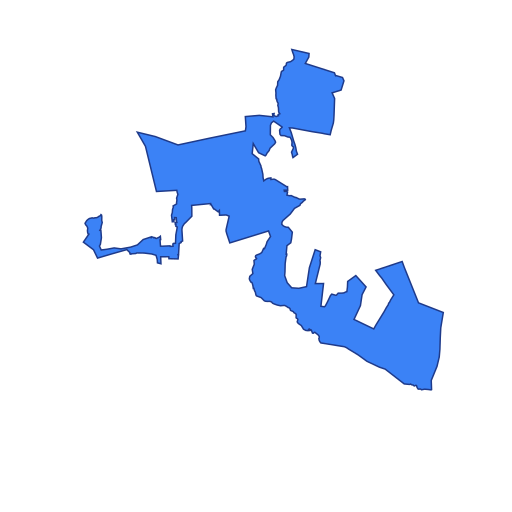 the district of Ocotlán de Morelos, Oaxaca, Mexico, rotated 251°
{"feature_id": "50627088B26863114972707", "entity_name": "Ocotlán de Morelos", "entity_type": "district", "adm_level": 2, "iso_a3": "MEX", "parent_name": "Mexico", "parent_adm1": "Oaxaca", "projection": "mercator", "projection_center": [-96.695, 16.785], "detail": "fine", "context": "isolated", "style": "filled", "palette": "blue", "viewbox_px": 512, "rotation_deg": 251, "n_neighbors": 0, "source": "geoboundaries", "source_scale": "gbopen_adm2", "svg_char_len": 6147}
<svg xmlns="http://www.w3.org/2000/svg" viewBox="0 0 512 512"><g transform="rotate(251 256 256)"><path d="M190.9,350.0L205.0,344.0L202.1,334.4L196.8,332.3L192.7,330.3L192.8,329.0L192.5,327.1L193.0,324.9L194.1,321.6L192.8,319.3L192.9,318.6L195.3,315.2L194.4,313.6L189.1,308.4L186.2,305.3L185.7,304.2L187.3,301.0L208.0,310.9L210.6,303.1L227.4,314.0L229.4,314.8L230.9,315.0L233.4,316.6L235.4,316.6L238.9,318.5L242.7,314.0L227.6,302.7L210.6,293.8L211.5,286.0L214.3,279.4L220.6,276.8L228.1,276.7L231.5,278.2L239.3,281.1L245.3,284.1L246.2,285.0L247.7,285.7L247.9,285.1L255.7,288.6L257.2,293.2L260.5,295.1L266.7,298.1L272.6,295.9L273.4,294.0L274.6,292.5L275.6,291.6L277.5,290.7L279.4,291.5L280.8,293.0L284.5,302.0L288.5,307.9L289.6,314.0L290.9,315.1L291.6,317.2L292.4,318.6L293.2,321.0L293.7,321.0L294.3,320.3L295.4,316.1L295.9,315.3L298.5,312.7L298.5,312.2L301.7,308.9L302.0,307.5L303.4,305.1L305.2,306.0L306.2,306.7L306.9,306.2L307.2,305.6L307.8,303.9L309.1,304.1L307.9,307.4L311.3,308.4L311.4,307.7L321.9,299.2L322.8,298.1L323.5,295.0L325.0,295.5L325.5,292.8L325.5,291.8L325.2,290.0L324.5,287.8L327.8,288.2L331.1,289.1L337.0,289.8L338.4,289.7L339.5,290.0L344.7,289.5L346.9,290.1L354.0,285.7L363.2,290.0L352.8,292.1L347.7,297.3L348.2,298.4L349.6,299.8L351.4,302.7L353.3,304.3L356.0,310.2L357.1,311.5L358.2,311.6L359.8,311.3L362.4,310.7L365.9,309.0L374.9,312.2L376.9,314.0L377.8,316.6L369.5,322.7L369.2,322.6L368.1,320.1L367.1,319.2L363.3,318.3L361.7,318.9L360.5,322.1L358.1,324.9L357.5,326.3L357.1,326.9L354.6,327.3L353.4,327.3L351.8,327.1L349.0,325.9L347.8,326.2L346.9,326.9L345.7,326.4L342.6,323.4L340.2,323.3L338.0,323.0L337.0,323.0L338.7,328.4L341.9,328.3L345.6,328.9L348.5,329.1L353.0,329.1L361.1,329.5L366.3,329.3L365.1,332.3L355.2,349.7L350.6,358.4L349.3,360.5L346.5,365.6L350.3,368.0L356.5,372.4L359.3,373.8L363.7,375.6L379.3,381.6L385.5,381.1L385.2,390.5L393.0,396.2L396.6,395.9L400.4,390.6L400.5,389.9L403.7,389.8L422.0,365.3L426.9,370.7L430.2,372.1L439.6,357.1L436.3,357.0L434.3,357.1L431.9,356.9L429.8,355.9L429.3,354.8L428.6,352.5L428.5,351.8L428.8,349.1L428.7,348.1L428.3,347.5L426.8,346.8L426.3,346.1L425.6,343.9L425.0,343.4L422.9,342.7L422.6,342.1L422.3,340.5L421.9,339.9L417.9,337.6L415.1,335.2L413.7,333.3L410.4,332.0L408.5,330.1L406.8,328.7L403.5,327.9L401.8,327.2L398.1,326.2L397.5,326.7L396.0,326.3L394.8,326.3L393.6,326.6L392.7,326.5L391.4,325.7L388.9,325.5L384.8,324.3L382.9,324.8L383.0,324.4L382.2,323.5L382.5,323.2L382.4,323.0L382.2,323.1L381.3,322.9L381.5,322.2L381.3,321.8L381.2,320.9L381.7,320.0L382.0,319.6L382.9,318.8L383.6,318.8L384.8,319.5L385.1,317.9L382.1,317.3L387.9,304.9L391.3,291.3L381.4,288.6L377.8,286.7L382.5,250.6L386.4,218.4L401.7,199.7L411.7,184.1L395.7,187.2L349.4,182.9L343.9,202.5L341.7,202.2L339.7,202.2L336.5,199.7L335.7,199.7L334.1,199.2L332.7,198.4L331.1,197.9L330.3,193.9L329.2,193.8L327.1,192.2L324.3,191.0L322.1,189.4L315.6,188.0L315.2,189.5L317.1,189.9L316.8,190.9L318.9,191.5L318.2,193.1L314.8,192.2L313.5,192.1L314.0,190.5L312.1,190.0L312.0,190.6L310.2,189.9L309.5,190.5L309.0,191.0L302.1,187.1L294.2,184.0L294.8,182.0L294.4,181.3L292.2,180.7L293.0,178.0L293.6,178.0L295.7,170.8L296.4,168.9L302.5,170.5L302.5,171.2L305.8,172.0L305.3,170.6L305.0,167.6L305.5,166.7L306.2,166.5L306.5,166.1L306.4,165.4L307.4,164.7L307.6,164.4L307.9,163.8L307.8,163.4L307.4,162.9L307.5,162.7L308.2,163.0L308.3,154.7L305.1,147.5L305.2,140.4L306.7,130.7L309.8,124.5L310.9,117.3L312.1,111.6L316.4,111.2L317.6,112.6L323.6,115.8L330.8,117.7L331.1,116.8L332.9,118.6L334.4,119.2L337.7,121.5L339.8,121.7L343.4,123.0L344.9,123.3L345.6,122.9L344.8,122.0L344.6,120.1L344.2,119.0L344.1,118.0L344.6,115.9L344.6,114.9L345.4,113.5L345.7,110.6L345.2,108.9L344.6,107.5L342.6,105.0L341.0,105.1L339.4,105.8L337.6,106.0L336.9,105.9L334.9,104.9L333.3,104.5L331.7,104.4L331.1,105.1L325.3,97.3L314.8,104.4L305.6,105.5L305.0,119.4L304.1,135.9L300.4,137.8L299.0,137.5L298.4,138.3L298.7,138.7L297.5,143.1L297.7,144.3L295.3,151.0L291.9,158.0L289.2,161.7L284.9,161.5L281.6,160.6L279.6,163.6L286.3,165.6L283.7,173.3L281.8,172.8L278.6,181.4L282.4,183.2L282.9,181.9L282.5,183.2L292.8,187.4L293.1,189.6L293.9,189.8L294.1,191.5L305.0,194.5L306.8,195.4L308.0,196.3L310.0,198.9L310.4,200.1L314.5,208.3L322.9,211.1L324.8,211.6L320.4,230.1L319.4,229.7L319.4,230.3L314.2,231.3L314.0,231.9L310.1,234.6L311.0,236.2L306.4,234.8L304.5,241.2L302.4,243.6L290.7,236.3L289.3,235.8L286.5,235.6L276.9,235.5L275.6,276.0L269.7,276.1L265.9,271.1L263.6,269.5L260.3,266.5L260.0,265.7L260.5,265.5L257.7,262.9L257.2,261.9L256.8,260.2L256.7,256.8L256.4,255.8L255.5,255.2L254.9,255.2L253.5,255.8L253.1,255.4L253.0,254.5L252.4,252.6L248.8,251.7L244.6,248.1L240.4,247.3L238.8,243.5L236.7,242.3L235.7,242.2L234.2,242.4L232.7,242.8L232.5,243.3L231.6,243.6L228.9,243.4L226.2,242.9L226.1,243.5L223.8,243.3L221.9,243.6L219.6,243.3L218.8,243.3L218.1,243.5L215.0,247.3L210.9,249.3L210.1,250.3L209.3,252.1L208.6,254.3L207.5,255.7L206.0,256.3L204.8,257.5L202.8,260.0L201.0,262.9L200.1,266.6L199.5,267.5L197.6,269.1L196.8,269.6L196.3,270.4L195.3,271.0L193.8,270.9L193.3,271.0L191.2,273.2L189.9,273.5L189.4,274.1L187.8,275.0L184.5,273.8L183.8,274.2L183.3,274.8L182.3,274.9L180.3,273.5L178.5,274.0L175.5,276.2L171.3,277.1L169.4,278.9L168.5,280.8L168.3,281.6L169.0,281.3L169.7,282.5L168.4,283.2L168.7,283.4L168.3,284.0L167.5,284.2L164.7,284.3L164.3,285.2L164.6,285.8L164.8,286.5L164.7,286.8L161.1,289.1L159.3,289.6L158.5,289.3L157.8,288.9L157.6,288.6L156.0,288.3L154.5,288.4L152.7,289.0L141.4,310.1L139.9,311.7L137.4,313.6L129.1,320.5L120.2,326.7L110.7,336.5L107.0,341.3L86.8,354.5L84.6,359.3L84.5,360.0L84.6,360.5L83.6,361.2L82.7,362.7L81.7,363.2L81.5,363.7L81.7,364.5L81.7,364.9L81.6,365.2L81.2,365.6L79.4,365.5L77.6,365.9L77.3,366.1L76.6,368.3L75.6,369.0L75.2,372.0L73.7,375.4L72.4,378.0L72.5,378.5L81.3,381.2L92.7,391.2L100.9,396.4L107.9,399.5L119.2,403.8L127.9,407.3L141.6,414.7L158.8,394.4L197.1,392.5L203.2,392.4L203.5,364.5L197.3,366.5L194.2,367.7L186.7,369.8L174.4,373.7L170.7,369.1L168.8,367.2L168.2,366.1L166.8,365.1L164.8,362.5L161.7,359.1L151.6,346.8L148.7,343.6L164.1,328.0L175.1,338.6L184.9,343.7L190.9,350.0Z" fill="#3b82f6" stroke="#1e3a8a" stroke-width="1.5"/></g></svg>